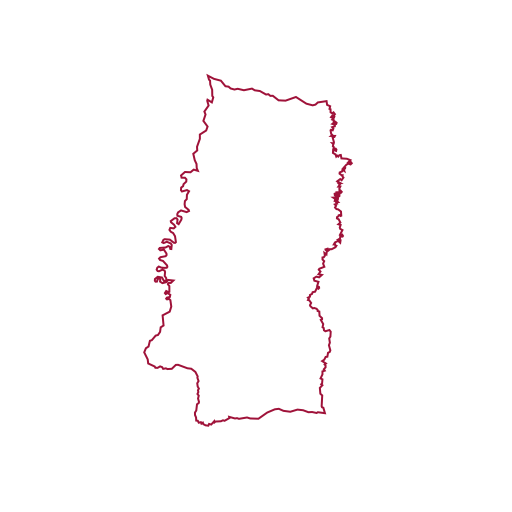 outline of Yopal, Casanare, Colombia, rotated 222°
{"feature_id": "7082276B99207474078135", "entity_name": "Yopal", "entity_type": "district", "adm_level": 2, "iso_a3": "COL", "parent_name": "Colombia", "parent_adm1": "Casanare", "projection": "orthographic", "projection_center": [-72.279, 5.237], "detail": "fine", "context": "isolated", "style": "outline", "palette": "rose", "viewbox_px": 512, "rotation_deg": 222, "n_neighbors": 0, "source": "geoboundaries", "source_scale": "gbopen_adm2", "svg_char_len": 6151}
<svg xmlns="http://www.w3.org/2000/svg" viewBox="0 0 512 512"><g transform="rotate(222 256 256)"><path d="M99.6,185.3L104.4,188.3L105.7,187.8L106.7,188.3L113.5,196.7L116.0,196.7L120.3,200.7L120.2,204.4L121.7,204.3L121.7,205.6L124.1,208.8L126.1,208.2L127.4,212.5L129.4,214.7L128.2,216.8L129.8,217.2L129.8,219.8L131.0,221.1L132.4,221.3L132.1,222.9L136.5,222.2L135.9,224.6L136.7,227.6L135.6,228.9L137.7,232.3L137.0,234.0L137.6,235.6L142.1,238.5L143.1,241.0L146.4,243.7L146.8,245.9L149.8,249.7L151.9,250.1L154.1,246.5L155.8,246.3L157.5,247.8L158.9,247.6L160.5,250.4L165.1,251.9L164.6,253.2L165.3,254.0L168.8,254.1L171.8,257.1L173.4,256.4L174.0,257.1L175.7,257.3L178.0,256.3L178.7,255.1L182.0,255.1L183.0,255.6L183.6,258.0L186.8,258.7L187.9,258.1L188.3,259.7L189.5,259.8L188.7,261.9L189.8,263.1L189.0,265.3L189.7,267.0L188.2,269.0L189.4,273.1L187.7,273.4L187.7,274.5L188.4,275.1L190.5,274.6L192.3,278.6L196.1,276.7L198.2,278.0L197.3,281.1L194.8,282.4L194.4,286.0L197.3,284.3L197.7,287.6L200.2,287.8L200.4,288.9L198.0,293.7L201.0,295.2L201.9,297.8L204.2,297.9L205.6,299.4L204.8,300.5L205.0,302.3L207.2,304.1L204.7,304.3L206.4,306.7L206.0,308.2L208.3,307.1L208.8,307.4L207.6,309.5L205.8,309.0L205.8,310.4L204.3,311.7L202.8,315.7L203.1,317.3L204.0,316.8L204.9,317.6L205.9,316.7L206.4,318.9L205.1,322.2L202.3,322.2L203.7,324.3L205.9,323.3L205.3,325.2L206.4,326.8L204.7,328.3L204.8,329.1L206.1,329.5L206.3,327.9L207.7,327.7L209.1,333.1L211.6,332.5L212.8,333.2L213.9,335.7L216.0,334.7L215.7,337.3L219.1,338.6L221.0,338.1L221.8,339.1L221.3,340.6L221.8,341.6L221.0,342.8L219.9,342.4L219.6,343.0L222.6,345.9L226.2,345.6L227.6,344.7L229.7,344.9L230.1,346.9L231.9,347.1L230.8,349.1L232.7,349.6L231.2,351.0L233.5,351.1L234.4,349.8L235.3,351.4L237.6,351.1L236.6,352.1L234.2,352.9L233.2,352.0L232.9,352.6L233.8,353.9L238.1,353.9L239.2,354.9L238.8,355.7L237.0,355.4L236.0,356.3L235.6,354.5L234.7,355.0L234.1,356.2L234.9,357.3L237.1,357.8L237.6,356.2L238.8,357.2L236.8,359.1L235.2,359.5L235.2,361.0L236.9,361.2L237.3,360.0L239.2,361.9L239.8,363.9L241.2,362.7L241.5,365.1L243.1,365.2L241.8,366.7L245.6,365.9L244.9,369.5L243.1,369.6L243.5,372.8L245.0,373.0L245.7,374.0L246.5,373.3L249.0,373.1L249.7,374.1L248.6,376.5L249.5,378.0L247.3,378.3L248.8,379.2L250.3,378.7L248.4,380.6L248.7,381.2L249.9,381.0L249.9,384.3L249.2,386.4L247.0,387.3L246.9,389.0L248.6,389.3L248.1,387.7L250.1,387.0L250.0,390.4L253.5,389.1L257.8,385.7L260.6,387.8L261.5,386.7L261.4,384.9L262.9,384.9L262.9,383.6L264.9,384.7L267.8,384.1L269.7,386.5L266.8,387.7L267.5,388.9L268.6,389.1L270.3,387.9L271.1,389.0L272.3,389.0L273.4,390.8L274.7,390.9L273.6,391.7L274.2,392.7L278.4,395.4L277.4,396.9L277.7,398.0L280.5,395.5L280.3,397.0L281.9,397.1L284.7,399.3L284.7,400.0L283.1,400.7L283.7,402.4L285.6,402.7L284.2,405.1L285.2,406.4L287.6,405.3L287.1,407.6L285.8,407.1L284.8,407.8L285.2,408.9L286.9,408.9L287.8,407.3L288.9,409.0L290.6,408.4L290.6,410.3L293.1,409.4L293.2,411.0L292.3,410.5L290.9,411.5L291.2,412.3L292.5,412.6L292.3,414.2L294.5,414.6L294.8,413.0L296.7,412.7L298.8,414.9L299.8,414.5L301.1,416.9L304.3,415.9L307.2,418.3L312.8,411.5L313.1,408.3L314.7,405.9L320.5,402.9L332.7,400.9L338.0,391.2L343.4,386.8L350.7,386.3L352.5,384.6L355.1,384.5L356.6,382.7L363.5,381.2L367.8,378.3L371.0,377.7L375.9,371.1L381.5,368.0L383.4,365.3L387.0,363.5L389.7,363.5L392.3,361.7L399.4,362.8L405.8,359.5L412.4,357.8L408.9,355.6L407.5,355.6L404.7,352.8L399.8,350.2L395.6,345.7L393.9,345.3L391.6,340.6L396.6,339.7L396.1,338.7L391.9,336.1L391.0,328.8L388.2,327.4L385.5,321.2L378.6,319.8L377.0,315.9L379.0,308.7L376.1,305.5L372.9,297.7L370.3,295.1L371.0,290.0L365.6,286.2L361.8,284.6L358.8,281.6L356.2,280.4L360.1,278.5L360.7,274.4L365.0,270.9L365.6,265.7L363.7,264.4L361.2,266.6L359.0,266.4L357.6,264.6L357.9,260.9L356.9,259.1L357.4,256.8L355.8,254.7L354.2,254.4L351.4,258.8L349.1,259.3L348.3,255.3L345.5,251.9L345.6,249.3L343.7,246.7L341.5,245.0L336.9,245.2L335.9,244.6L336.9,242.2L342.2,239.7L343.1,236.3L342.5,234.4L341.3,233.3L337.8,235.0L336.7,234.5L335.8,233.0L334.8,227.9L336.6,227.6L338.7,230.6L340.4,230.9L341.8,229.5L342.7,224.9L341.7,224.2L337.8,224.4L335.4,223.7L335.6,221.5L338.5,219.5L337.8,217.5L335.6,217.0L332.9,217.6L329.4,216.5L324.8,212.7L324.9,211.6L325.9,210.9L331.0,210.5L335.1,207.4L335.6,206.1L334.8,203.4L333.3,203.8L331.8,206.9L327.7,208.3L326.0,207.8L323.6,204.5L324.4,203.9L326.3,205.1L327.9,204.7L328.9,201.8L332.9,197.6L332.8,196.3L330.9,196.2L328.7,199.1L324.2,197.9L323.1,196.9L323.0,195.4L326.2,191.2L326.3,189.2L324.6,188.8L321.8,190.1L315.8,189.5L314.6,188.6L314.5,187.5L316.2,185.8L318.6,184.0L321.2,183.1L321.5,181.2L320.7,179.4L319.1,179.0L317.9,179.7L316.4,183.2L314.2,184.0L312.9,183.3L310.5,180.1L308.0,179.5L306.4,178.0L306.6,176.8L307.8,175.9L311.5,177.1L315.1,174.8L315.7,171.3L314.6,169.9L313.5,169.7L312.5,170.7L313.6,173.2L312.9,174.7L311.5,174.6L310.2,172.8L307.4,173.2L305.1,176.6L305.3,179.4L301.0,182.5L301.3,178.9L302.8,177.7L302.9,176.7L302.5,176.0L300.3,175.7L296.4,171.4L296.7,170.6L299.3,169.9L298.9,167.5L297.6,167.3L297.0,169.3L293.7,169.8L292.6,167.9L294.4,165.4L294.2,164.2L293.1,164.2L291.8,166.0L290.1,165.9L285.1,161.7L282.9,156.9L285.7,149.4L278.2,142.5L279.1,139.2L276.5,135.4L276.0,131.7L277.3,129.7L277.1,123.7L278.1,122.0L275.3,116.8L276.1,113.8L274.6,109.6L267.3,106.7L264.2,104.0L257.3,106.1L256.0,105.6L254.3,107.0L253.4,109.8L251.3,110.6L249.5,110.0L247.8,112.2L246.2,112.7L243.1,115.8L242.7,121.4L241.1,123.0L231.8,126.7L228.7,128.9L223.5,129.3L218.8,127.5L218.1,126.3L215.0,124.6L214.5,122.1L212.0,120.0L209.7,119.2L209.3,117.4L207.8,116.3L207.2,114.3L205.1,113.9L203.7,111.3L200.7,109.4L200.2,108.4L200.6,106.3L197.0,101.2L196.6,98.8L194.9,97.0L192.5,95.9L190.3,93.7L189.0,94.6L187.0,93.8L185.8,95.6L184.4,94.9L184.0,96.6L182.6,95.8L180.2,96.4L177.9,98.0L178.5,99.8L176.5,100.8L176.5,105.3L175.5,104.6L175.3,105.9L171.5,109.7L170.6,111.8L169.1,112.5L167.3,117.8L168.3,118.5L162.9,121.2L161.6,122.8L159.7,123.6L154.6,130.0L151.6,131.4L145.3,136.7L142.9,147.2L139.4,154.7L136.8,157.7L132.0,159.3L126.3,163.2L122.4,169.6L117.8,172.9L112.5,175.0L109.9,177.6L105.9,179.9L105.5,181.3L99.6,185.3Z" fill="none" stroke="#9f1239" stroke-width="2"/></g></svg>